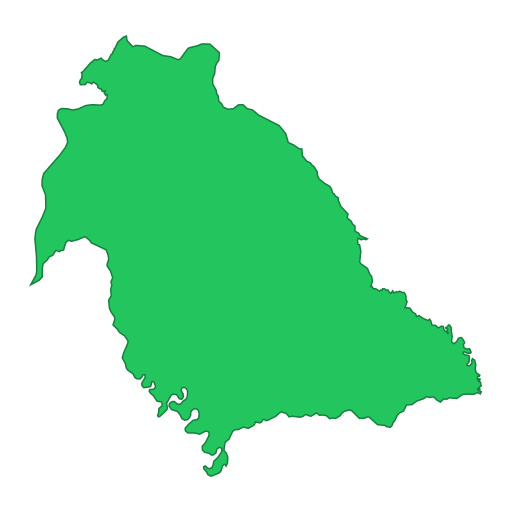 Nunchia, Casanare, Colombia
{"feature_id": "7082276B17958852620007", "entity_name": "Nunchia", "entity_type": "district", "adm_level": 2, "iso_a3": "COL", "parent_name": "Colombia", "parent_adm1": "Casanare", "projection": "natural_earth1", "projection_center": [-72.075, 5.532], "detail": "fine", "context": "isolated", "style": "filled", "palette": "green", "viewbox_px": 512, "rotation_deg": 0, "n_neighbors": 0, "source": "geoboundaries", "source_scale": "gbopen_adm2", "svg_char_len": 6001}
<svg xmlns="http://www.w3.org/2000/svg" viewBox="0 0 512 512"><path d="M30.7,284.8L39.2,280.2L42.2,277.0L42.5,266.8L43.2,263.6L47.0,260.3L49.4,256.7L52.6,255.4L55.9,250.4L59.4,251.7L61.5,250.2L62.8,250.5L63.6,250.0L65.4,243.6L66.7,241.6L68.8,240.3L71.5,241.3L77.9,239.6L85.1,236.6L89.7,240.4L91.3,242.8L106.2,249.9L108.1,255.1L108.7,259.1L107.1,264.3L107.2,266.1L110.6,271.2L112.7,277.9L110.9,281.9L111.8,285.0L110.7,289.6L111.3,295.7L108.6,300.1L109.5,308.6L111.1,312.0L114.7,317.3L114.7,319.8L113.0,324.9L116.9,328.6L119.6,332.5L124.5,335.8L128.0,340.8L127.8,343.2L123.5,353.2L122.3,357.9L125.4,363.6L126.3,368.0L127.7,370.1L132.9,373.7L135.0,377.7L136.7,378.7L140.0,379.0L142.1,376.8L142.7,374.9L144.9,374.7L145.2,377.5L141.7,383.3L142.0,385.7L143.8,387.7L150.4,386.6L151.1,385.4L151.6,382.0L152.8,381.5L154.2,382.5L155.5,386.3L155.0,387.9L153.4,389.3L149.9,389.5L149.2,391.2L150.3,393.1L153.4,395.7L157.0,401.2L161.3,401.9L162.1,403.5L162.0,405.8L158.9,408.5L158.6,412.8L157.6,415.4L158.3,416.8L159.6,416.6L166.9,409.7L167.4,408.1L166.6,403.3L171.0,395.4L172.8,394.2L176.6,394.6L179.2,398.7L181.4,399.3L182.6,398.5L183.4,396.4L183.1,393.9L181.2,390.8L181.4,388.9L182.1,387.9L184.0,387.4L185.5,387.9L187.1,389.8L187.6,392.1L187.2,396.7L185.9,399.4L183.3,400.9L180.8,403.8L179.3,404.3L176.9,403.7L174.4,401.5L171.9,401.6L169.5,403.6L169.0,406.0L171.6,409.6L177.3,411.4L179.9,414.6L182.0,418.6L184.6,420.2L187.4,419.7L189.0,418.3L190.6,415.6L190.8,412.0L191.9,410.3L194.4,408.8L196.2,408.8L197.5,409.6L198.4,410.5L199.2,413.8L198.6,418.2L196.9,419.7L193.3,420.2L188.6,424.3L185.2,428.2L185.3,430.7L187.8,432.9L195.0,433.0L199.7,434.2L205.3,431.2L207.4,431.2L208.7,432.1L209.2,434.1L208.4,436.8L205.4,442.7L202.2,446.3L202.4,449.8L204.5,452.2L209.1,453.3L211.3,455.0L213.4,455.0L216.0,452.8L216.7,449.4L217.7,448.3L219.8,447.4L221.6,448.4L221.8,451.5L217.9,457.4L213.9,461.2L213.0,465.2L211.8,467.7L209.3,468.7L207.8,468.2L205.4,465.9L203.6,466.7L203.8,468.6L206.8,472.2L207.6,474.3L210.2,476.0L212.1,475.9L219.6,472.7L221.1,470.7L222.5,465.8L223.9,464.6L225.3,464.4L226.1,466.0L227.4,463.2L227.8,457.6L226.5,453.5L223.9,450.3L224.9,443.2L226.0,441.5L229.0,439.2L232.6,431.4L234.9,429.7L238.5,429.5L243.2,427.1L248.3,428.3L253.6,425.4L254.7,424.2L255.3,422.0L260.0,422.9L261.4,422.1L263.1,419.5L264.3,419.5L266.0,420.7L268.2,420.1L275.9,416.2L279.5,412.9L281.6,411.8L286.6,413.7L289.1,416.9L292.1,416.2L300.1,417.2L302.8,416.5L305.5,414.5L310.8,416.3L316.7,412.9L319.4,415.3L322.7,415.0L326.5,415.7L329.7,418.7L332.3,418.0L335.7,418.4L340.3,415.6L341.8,413.3L344.4,411.3L349.5,409.9L351.9,410.9L359.3,418.3L363.9,418.4L367.1,417.0L369.0,417.0L377.6,424.7L384.6,425.3L386.5,426.6L390.4,427.3L392.3,425.1L392.9,422.9L394.6,421.0L397.2,415.6L399.2,413.2L403.6,411.0L406.5,405.0L412.0,404.6L416.9,401.0L423.6,398.7L426.6,396.7L429.9,397.5L433.5,396.8L437.1,400.2L440.4,402.1L443.6,399.0L446.8,399.2L449.4,397.8L456.8,398.5L462.3,394.6L465.7,394.1L474.0,394.3L477.2,392.5L480.3,393.9L481.3,391.8L478.3,390.4L477.6,389.0L477.7,388.5L479.8,389.3L479.4,387.1L481.2,385.8L480.4,382.1L478.5,381.3L478.8,380.2L479.6,380.5L480.1,379.1L478.9,378.8L478.1,379.8L477.5,379.4L477.6,376.2L479.3,376.3L479.8,375.1L476.4,372.9L475.1,369.3L475.8,365.0L474.7,360.2L472.5,358.7L471.7,360.5L472.0,363.2L469.9,365.5L467.8,365.9L466.7,364.7L469.0,362.0L469.4,357.3L468.9,355.6L464.7,354.7L463.1,353.3L463.3,352.2L464.1,351.7L467.4,353.2L470.4,353.3L471.1,352.2L470.1,349.6L469.4,348.7L467.1,349.2L463.9,347.7L463.4,344.1L464.5,343.3L464.5,342.0L462.0,338.1L460.8,337.5L458.4,338.3L456.7,341.6L454.3,343.4L453.3,343.6L452.0,342.4L451.5,341.1L452.2,336.4L451.1,330.2L451.4,328.0L449.6,325.1L448.5,325.0L447.4,326.8L445.8,327.5L445.9,328.5L447.8,329.3L447.0,330.9L448.2,332.7L447.9,333.5L443.9,329.8L443.5,327.0L442.9,326.3L441.6,326.2L438.2,327.9L435.6,325.4L431.9,325.1L430.8,320.8L429.6,319.2L428.0,320.5L423.3,318.5L419.0,315.6L416.5,316.5L415.6,313.9L412.5,312.0L409.8,308.0L405.0,307.7L407.1,301.7L405.8,299.1L406.1,296.7L405.4,294.5L404.1,292.5L402.4,292.5L399.4,291.2L398.0,292.2L396.6,291.6L393.9,293.0L392.7,290.8L390.9,293.4L389.4,292.4L387.9,289.9L386.3,290.1L384.7,288.9L382.5,288.8L381.9,290.4L380.4,290.1L379.3,291.1L376.1,288.9L373.3,288.6L371.9,286.4L370.7,286.6L372.5,281.0L371.5,276.1L369.9,274.4L367.5,268.5L361.0,263.9L359.7,262.1L360.8,251.0L359.5,244.6L357.9,244.3L357.6,240.5L358.2,238.2L361.3,239.8L363.4,238.9L366.0,239.7L367.4,238.8L360.2,235.7L358.5,233.0L355.0,231.3L355.0,226.3L352.4,223.8L351.2,221.2L347.2,218.0L348.0,214.1L340.8,206.4L338.2,200.0L338.4,197.9L335.4,196.0L334.2,194.0L332.5,192.9L331.5,189.0L329.7,186.3L324.6,183.4L319.1,178.9L317.5,175.4L317.2,171.8L313.9,166.5L311.6,164.7L310.3,162.8L306.7,161.2L302.4,155.7L301.9,149.0L299.2,148.8L293.5,144.9L288.3,142.5L285.7,133.6L279.2,125.6L258.6,115.1L252.5,109.9L247.2,108.7L243.0,104.7L238.3,104.9L233.3,108.8L227.7,109.2L223.2,107.0L221.8,104.0L218.8,101.1L218.2,95.9L216.8,94.1L216.0,89.9L213.0,84.6L212.7,82.9L212.7,78.1L214.6,74.0L215.3,66.7L216.6,63.2L218.9,60.2L219.4,52.7L209.9,44.1L202.0,43.9L197.3,45.8L189.3,47.7L187.8,48.7L180.1,59.1L178.1,59.7L170.7,56.7L162.9,55.6L144.7,46.1L135.9,45.4L132.9,46.8L127.0,40.5L126.4,36.0L123.4,37.2L117.9,42.0L115.3,47.7L114.1,49.0L114.1,50.4L112.8,51.9L112.6,53.6L111.3,54.3L108.3,60.1L105.6,61.5L102.2,59.5L101.3,58.1L97.0,60.1L94.9,59.4L90.3,63.2L83.0,71.6L81.4,72.6L82.2,74.6L81.7,76.7L82.2,78.2L80.6,79.4L79.5,82.1L80.3,84.7L85.2,84.6L86.9,82.3L89.5,82.7L91.8,83.9L93.6,82.1L97.3,84.7L97.9,87.5L99.7,88.8L101.1,88.7L102.4,91.5L105.2,90.9L104.2,93.1L105.7,95.2L106.6,94.4L107.4,94.8L106.9,98.7L104.5,101.1L103.1,104.2L100.6,105.1L91.7,104.7L85.5,105.6L78.4,108.9L72.7,110.0L67.5,108.8L61.6,108.5L58.5,110.2L57.4,113.5L57.3,118.1L64.7,132.1L67.1,138.1L67.6,142.3L65.4,147.5L59.7,155.2L43.7,173.5L42.2,179.4L42.0,185.5L45.5,194.8L45.9,208.1L42.1,217.5L36.4,228.9L35.7,231.9L34.9,238.8L36.5,257.0L36.7,271.1L36.1,274.8L30.7,284.8Z" fill="#22c55e" stroke="#15803d" stroke-width="1.5"/></svg>